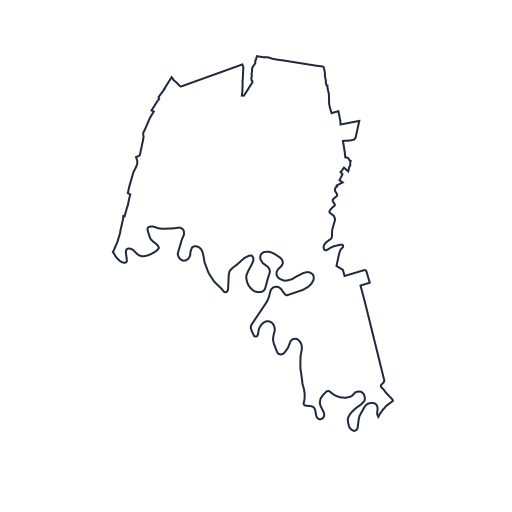 outline of Victoria, Iasi, Romania, rotated 164°
{"feature_id": "2599482B79977149593051", "entity_name": "Victoria", "entity_type": "district", "adm_level": 2, "iso_a3": "ROU", "parent_name": "Romania", "parent_adm1": "Iasi", "projection": "mercator", "projection_center": [27.595, 47.318], "detail": "fine", "context": "isolated", "style": "outline", "palette": "slate", "viewbox_px": 512, "rotation_deg": 164, "n_neighbors": 0, "source": "geoboundaries", "source_scale": "gbopen_adm2", "svg_char_len": 6085}
<svg xmlns="http://www.w3.org/2000/svg" viewBox="0 0 512 512"><g transform="rotate(164 256 256)"><path d="M287.8,451.2L298.0,442.0L297.8,441.8L305.9,435.6L305.8,433.7L307.7,432.4L316.3,424.7L314.5,423.0L319.8,418.1L329.1,406.8L329.6,406.6L330.5,405.4L331.1,402.8L331.1,401.9L332.4,399.0L339.3,386.0L340.3,384.6L344.1,384.1L343.9,380.6L344.2,378.9L344.7,377.6L346.5,374.9L350.6,370.5L358.5,358.0L361.9,351.7L359.9,349.8L362.3,345.7L365.7,339.2L366.3,338.7L371.4,330.3L372.5,331.0L373.8,327.8L379.8,316.9L380.1,315.9L385.3,307.8L391.7,300.0L392.5,299.3L391.6,296.8L391.3,294.9L390.3,292.4L388.3,288.8L386.2,286.7L384.1,285.6L383.0,285.7L382.2,286.0L381.6,286.5L381.0,289.3L380.2,295.0L379.8,296.3L378.9,297.8L377.8,298.4L376.3,298.3L375.2,297.9L373.1,296.4L372.5,295.7L369.5,290.4L368.1,288.7L365.3,287.0L363.3,286.6L359.4,286.4L356.3,286.8L352.4,287.7L349.7,288.7L347.6,290.0L347.2,290.5L347.1,291.1L347.4,292.9L348.6,295.1L350.8,298.1L352.2,300.4L352.7,301.8L353.0,305.1L353.1,310.6L352.6,312.4L352.1,313.0L351.4,313.4L349.3,313.4L347.0,312.8L341.9,309.4L338.3,307.9L328.1,305.4L321.7,304.4L320.9,303.9L320.1,303.3L318.9,301.7L318.5,300.2L318.9,297.5L319.5,296.2L323.0,291.9L330.5,280.0L330.8,279.0L330.6,276.3L330.4,275.4L329.0,272.9L327.2,271.6L324.9,271.1L321.8,272.0L319.3,274.4L317.8,278.1L317.0,279.4L315.3,281.6L314.5,282.1L312.7,282.3L311.6,282.1L310.3,281.6L308.1,279.8L306.8,277.3L306.3,274.4L306.5,270.4L307.2,264.1L306.4,254.0L306.0,251.8L303.6,243.9L302.5,241.5L298.1,233.9L296.7,230.6L296.1,229.9L295.1,229.5L293.6,229.8L292.4,231.0L291.8,232.3L287.3,245.7L285.7,248.5L284.1,249.8L281.6,251.1L276.6,253.0L268.6,256.9L267.2,257.4L262.5,258.2L260.1,257.6L259.6,256.8L259.1,254.7L259.9,252.2L262.2,249.3L267.2,244.2L269.2,241.8L270.7,239.8L271.6,236.7L271.7,233.2L271.4,230.3L270.3,227.1L268.8,224.5L267.1,222.4L264.9,221.1L263.2,220.4L260.0,220.0L258.7,220.3L257.2,221.2L255.9,222.7L250.5,231.6L247.2,236.5L246.8,238.0L246.9,240.6L247.7,242.4L251.5,247.4L252.5,250.9L252.6,251.9L252.3,253.3L252.0,254.4L251.1,256.0L249.3,257.1L247.3,257.6L244.3,257.1L241.8,256.2L239.6,254.7L237.0,252.2L233.2,247.7L232.4,246.3L232.0,245.0L231.9,243.9L231.9,242.6L232.4,241.5L233.2,240.4L234.3,239.3L238.1,237.4L239.4,236.3L240.6,234.9L241.2,233.4L241.4,232.1L241.2,230.8L240.9,229.5L239.2,227.2L236.0,224.7L232.8,223.8L227.8,223.8L223.0,225.1L215.0,226.6L211.9,226.5L210.4,226.1L208.8,225.4L206.7,223.0L206.3,222.0L206.2,220.8L206.7,218.4L207.3,217.2L210.0,214.4L212.8,212.7L215.3,211.7L220.4,210.5L236.8,209.7L237.6,209.9L238.4,210.7L239.7,213.6L241.0,217.4L242.8,219.8L244.0,220.5L245.9,221.1L248.2,221.0L250.8,219.6L251.6,218.6L255.5,212.1L258.3,208.9L278.8,191.6L280.0,190.3L280.6,189.1L280.9,187.6L280.7,184.7L280.0,180.4L279.7,179.3L278.9,178.8L277.9,178.6L277.0,178.7L276.0,179.7L273.2,185.2L271.7,186.9L269.3,188.8L266.9,189.9L265.1,190.3L263.6,190.3L261.9,189.8L260.5,188.9L259.3,187.7L258.3,185.7L257.9,183.6L258.0,181.2L258.4,179.4L260.8,175.3L261.8,173.2L262.7,171.0L263.0,166.9L262.4,159.6L261.8,156.5L261.4,155.8L259.5,154.5L257.5,154.4L256.5,154.6L254.7,155.7L250.7,158.8L246.5,164.3L245.3,165.2L244.2,165.7L242.9,165.9L240.4,165.4L239.5,164.9L237.7,162.4L236.8,159.5L236.8,156.8L237.7,153.7L240.8,147.4L243.0,140.4L244.3,135.6L245.9,123.9L246.6,120.5L246.6,114.8L247.2,110.0L249.0,104.5L250.9,101.1L250.9,100.1L250.6,99.2L249.6,98.5L244.5,96.5L243.1,95.6L242.3,94.6L241.7,93.2L241.6,91.4L242.1,86.4L242.1,84.8L241.7,83.5L241.1,82.5L240.3,81.8L239.4,81.3L238.2,81.2L236.8,81.6L235.6,82.3L234.5,83.7L234.0,85.2L233.9,86.5L235.2,93.6L235.3,95.7L235.1,97.2L233.9,100.0L233.0,101.4L230.1,103.8L225.5,106.4L223.8,106.4L223.0,106.0L219.1,100.8L217.0,99.0L213.9,96.9L208.9,95.0L204.6,94.7L202.3,95.1L198.0,97.6L195.2,97.6L192.2,96.4L190.8,94.3L190.4,93.0L190.3,91.5L190.5,89.5L191.2,87.6L192.4,86.3L196.0,84.3L201.5,82.4L206.3,80.0L209.1,78.2L211.3,76.0L212.4,74.5L213.1,72.5L213.4,70.1L213.5,67.0L213.4,65.4L212.3,63.0L210.7,61.3L209.9,60.8L208.7,60.8L207.5,61.1L206.3,61.9L205.6,63.0L202.2,70.9L200.5,73.8L193.4,80.9L191.7,82.2L190.2,82.9L188.3,83.2L185.2,82.9L182.6,81.7L181.7,80.6L181.2,79.5L180.9,78.3L181.0,76.9L181.2,75.6L182.8,71.7L183.1,70.4L182.8,67.7L180.2,70.3L176.0,73.6L174.1,74.6L172.6,75.8L164.3,79.0L164.4,80.5L168.8,88.8L169.7,91.4L171.8,95.6L171.8,96.8L171.2,97.6L168.1,99.4L167.0,100.8L164.0,182.1L163.7,198.8L154.0,199.0L154.1,211.1L154.6,212.1L155.8,212.6L176.4,212.4L176.3,218.7L181.4,224.2L176.0,234.3L174.5,236.8L172.8,238.9L170.2,240.4L169.7,241.0L169.4,242.2L170.0,243.0L171.6,243.6L178.9,243.9L182.0,243.4L186.7,242.1L187.3,242.2L188.3,242.9L188.7,243.4L188.8,244.7L188.6,245.8L187.8,247.4L186.8,248.5L184.1,250.1L179.2,251.9L178.5,252.4L177.4,254.3L176.3,258.2L175.2,260.8L170.5,268.2L169.9,269.6L169.8,270.3L170.1,273.1L172.9,276.9L173.2,277.6L173.3,278.2L173.1,278.7L171.8,279.9L169.6,281.4L166.8,282.6L166.2,283.2L166.1,284.5L167.1,287.3L167.0,288.2L166.8,288.7L166.0,289.5L162.1,291.2L161.3,291.9L161.1,293.1L161.4,294.6L162.1,296.7L162.1,297.2L161.3,299.1L160.3,300.0L158.9,300.5L159.0,301.6L152.4,302.8L154.9,305.8L150.3,310.8L151.6,313.4L150.3,314.1L147.1,316.7L144.0,311.9L142.0,315.6L141.3,316.4L140.5,316.9L139.9,319.3L138.8,321.3L139.3,321.6L139.8,322.3L140.2,324.3L140.4,324.6L141.1,325.4L143.0,326.2L142.1,331.2L140.7,342.7L133.4,341.0L129.6,340.9L127.6,342.3L119.5,357.4L138.5,359.1L137.7,362.6L136.9,372.5L143.9,372.5L144.1,376.1L143.9,380.9L143.7,382.4L141.3,391.6L141.0,397.6L140.4,399.9L140.7,399.9L141.1,400.5L141.2,403.1L140.5,405.3L140.2,409.5L139.3,413.1L138.9,417.1L139.0,419.2L139.7,419.8L145.8,422.4L176.8,436.9L180.2,438.3L185.6,440.9L189.5,443.6L192.7,444.7L193.0,444.5L200.0,447.8L200.3,447.2L201.0,446.5L201.6,445.2L202.0,445.0L203.3,443.1L203.2,442.3L203.7,441.4L207.3,438.4L208.1,437.2L208.2,436.5L208.6,435.9L208.8,434.9L210.3,431.6L210.2,430.5L211.6,428.0L211.8,426.1L211.3,425.2L211.5,424.0L223.3,413.5L225.4,414.1L223.9,417.5L221.2,425.8L220.8,427.9L220.1,429.3L216.1,441.0L216.3,443.9L281.2,439.6L282.2,440.1L284.4,444.3L287.1,448.5L287.1,449.7L287.8,451.2Z" fill="none" stroke="#1e293b" stroke-width="2"/></g></svg>